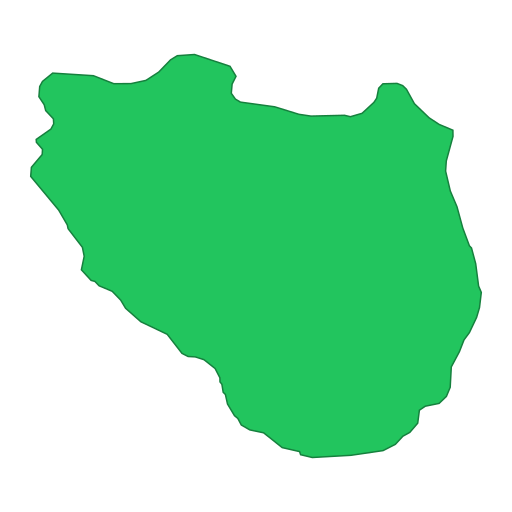 the district of San Diego, Zacapa, Guatemala
{"feature_id": "79465075B11427655280903", "entity_name": "San Diego", "entity_type": "district", "adm_level": 2, "iso_a3": "GTM", "parent_name": "Guatemala", "parent_adm1": "Zacapa", "projection": "albers", "projection_center": [-89.764, 14.795], "detail": "fine", "context": "isolated", "style": "filled", "palette": "green", "viewbox_px": 512, "rotation_deg": 0, "n_neighbors": 0, "source": "geoboundaries", "source_scale": "gbopen_adm2", "svg_char_len": 1390}
<svg xmlns="http://www.w3.org/2000/svg" viewBox="0 0 512 512"><path d="M52.7,73.1L42.5,81.4L39.7,86.5L38.9,96.7L44.2,104.7L45.7,110.6L53.4,118.8L53.7,123.9L50.9,129.1L36.2,139.4L36.4,142.3L42.5,149.3L42.2,154.5L31.4,167.3L30.7,176.4L58.7,210.1L67.3,224.9L68.1,228.7L82.4,247.3L84.2,256.3L81.4,269.8L91.1,280.4L94.9,281.4L99.1,285.8L112.2,291.3L120.7,300.1L125.6,308.3L140.9,321.8L167.2,334.3L182.0,353.4L188.1,356.5L195.3,356.9L204.0,359.7L215.1,368.5L219.9,377.8L220.0,381.9L221.9,384.3L223.2,392.3L225.4,394.5L227.5,404.0L234.5,415.7L237.8,418.4L241.3,425.0L249.8,429.9L263.6,432.8L282.2,447.6L299.6,451.6L300.6,454.7L312.3,457.5L350.9,455.3L383.1,450.6L395.4,444.3L402.9,436.2L409.8,432.4L417.7,423.2L419.4,410.2L425.3,406.2L439.1,403.4L446.4,396.4L450.2,387.3L451.3,366.9L459.4,351.7L464.0,339.9L469.4,332.6L476.6,317.4L479.5,307.6L481.3,292.4L478.6,286.1L475.7,263.7L471.5,248.0L469.4,245.8L462.8,228.1L457.0,206.8L450.3,191.0L445.6,171.1L446.3,160.9L453.0,136.4L452.9,130.2L439.1,124.4L429.1,117.8L414.4,103.7L406.4,89.2L402.7,85.6L397.0,83.4L382.9,83.8L378.7,88.2L376.7,98.2L373.9,102.4L362.1,113.3L350.4,116.7L344.5,115.3L311.0,116.1L298.9,114.3L274.7,106.8L240.4,102.1L235.4,99.1L231.3,93.3L232.1,84.1L236.0,76.3L230.0,66.3L194.5,54.5L177.3,55.7L170.6,59.8L158.7,72.1L145.9,80.4L131.0,83.6L113.8,83.7L93.4,75.7L52.7,73.1Z" fill="#22c55e" stroke="#15803d" stroke-width="1.5"/></svg>